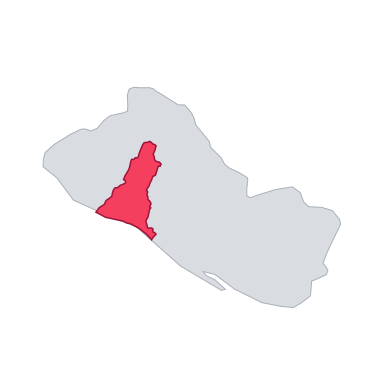 La Libertad highlighted on a map of El Salvador, rotated 13°
{"feature_id": "SLV-1346", "entity_name": "La Libertad", "entity_type": "Department", "adm_level": 1, "iso_a3": "SLV", "parent_name": "El Salvador", "parent_adm1": "", "projection": "robinson", "projection_center": [-89.306, 13.743], "detail": "fine", "context": "in_parent", "style": "filled", "palette": "rose", "viewbox_px": 384, "rotation_deg": 13, "n_neighbors": 0, "source": "natural_earth", "source_scale": "10m", "svg_char_len": 3542}
<svg xmlns="http://www.w3.org/2000/svg" viewBox="0 0 384 384"><g transform="rotate(13 192 192)"><path d="M134.5,102.1L137.7,102.8L159.0,110.2L165.3,108.8L173.3,114.7L177.2,119.4L180.6,125.8L197.4,138.8L200.2,144.4L212.8,152.1L217.8,157.9L223.2,160.3L233.7,162.6L242.7,165.6L243.7,167.8L244.6,176.4L246.5,183.8L250.7,184.2L255.9,180.7L272.7,170.9L288.7,164.4L297.6,168.3L303.0,176.4L309.0,180.1L321.6,177.8L333.1,178.6L342.1,185.7L344.1,189.8L338.7,213.5L336.7,223.6L335.7,232.1L339.0,234.4L342.1,237.7L341.5,242.3L331.6,249.9L328.6,251.9L330.8,266.5L323.5,275.3L316.8,281.7L305.0,283.4L285.0,284.1L254.9,276.9L232.7,267.1L220.7,267.0L224.5,270.3L233.9,272.3L246.4,279.3L242.8,281.2L197.6,266.8L145.3,238.4L114.0,233.9L78.2,226.5L57.1,208.6L41.2,200.9L39.9,194.1L40.0,186.6L47.2,176.5L60.7,163.0L69.6,155.9L73.7,154.6L79.6,155.3L85.3,151.4L90.1,142.0L95.2,136.0L108.1,129.9L111.0,127.5L110.0,122.3L107.2,112.1L107.6,105.9L111.8,103.0L116.9,102.4L127.3,99.9L131.8,100.4L134.5,102.1Z" fill="#d9dde1" stroke="#a8b0b8" stroke-width="1"/><path d="M163.4,247.7L157.3,243.5L148.6,239.3L139.3,236.8L134.9,236.8L131.6,235.9L113.5,236.1L105.8,234.0L103.0,233.4L103.4,232.4L104.7,229.0L105.4,227.8L108.6,224.6L109.2,223.9L109.6,223.3L109.7,221.6L110.0,220.4L110.3,219.7L110.6,219.2L110.8,218.9L111.1,218.7L113.8,215.6L114.5,214.7L114.8,214.0L114.8,213.5L114.7,210.3L114.9,208.6L115.3,206.9L115.5,206.1L115.8,205.6L116.1,205.3L116.6,205.0L116.9,204.9L117.8,204.8L118.3,204.5L118.8,204.1L120.3,202.0L121.0,201.3L122.9,200.1L123.7,199.5L124.6,198.6L124.9,198.0L125.1,197.5L125.0,197.0L124.9,196.7L124.7,196.4L124.5,196.2L124.3,195.9L124.0,195.8L122.5,195.3L123.1,191.2L125.3,184.5L125.6,181.4L125.5,178.7L125.6,174.8L125.8,174.0L126.0,173.8L126.2,173.6L126.6,173.5L126.9,173.5L127.2,173.6L127.6,173.6L128.0,173.3L129.0,171.4L129.3,171.3L129.6,171.2L130.0,171.2L130.5,171.2L131.2,170.9L131.5,170.5L131.6,170.1L131.8,167.3L131.8,166.8L132.0,164.7L133.4,156.7L133.9,155.7L134.3,154.7L135.4,154.2L136.9,153.9L138.0,153.2L139.3,152.2L140.6,152.5L142.9,153.9L145.0,154.2L145.4,154.4L146.6,155.0L146.5,159.9L145.8,163.0L145.7,163.8L145.8,164.3L146.6,165.0L146.9,165.5L147.3,166.3L147.9,167.9L148.3,168.7L148.6,169.2L149.2,169.6L149.8,169.9L150.8,170.3L151.2,170.3L152.4,170.2L152.8,170.2L153.1,170.2L153.5,170.3L153.8,170.5L154.3,170.7L154.7,171.2L155.4,171.6L155.6,171.9L155.6,172.1L155.3,173.1L155.1,173.9L155.1,174.1L154.0,174.1L153.7,174.2L153.5,174.5L153.3,175.0L152.7,183.1L152.5,183.9L152.4,184.2L152.1,184.4L151.5,184.7L151.2,184.9L150.9,185.1L150.5,185.6L150.3,186.3L150.1,187.0L149.9,189.6L149.6,190.7L149.2,191.8L149.0,193.1L148.8,195.4L148.7,196.0L148.6,196.4L147.7,198.3L147.2,200.1L147.2,200.6L147.5,201.0L147.8,201.0L148.2,201.1L148.8,202.0L148.7,203.5L148.8,204.8L148.9,205.2L149.1,205.5L149.3,205.8L149.8,206.2L150.1,206.5L150.2,207.0L150.4,208.2L150.6,208.8L150.9,209.2L151.2,209.4L153.0,210.5L153.7,211.2L154.6,212.5L154.7,213.1L154.7,213.5L154.3,214.4L154.0,215.2L154.0,215.6L154.3,216.0L155.2,216.5L155.4,216.8L155.3,217.1L155.1,217.4L154.9,217.7L154.7,218.5L154.6,219.8L154.8,225.9L154.8,226.3L154.0,228.6L153.7,229.9L153.6,230.5L153.7,231.1L155.8,234.7L156.5,236.5L156.7,236.8L156.9,236.9L157.3,237.0L157.7,237.0L158.4,236.8L159.8,236.3L160.5,236.2L161.0,236.2L161.3,236.3L162.3,236.8L162.7,239.2L163.1,239.8L163.4,239.8L163.9,239.8L164.6,240.0L165.9,240.6L166.3,241.1L166.4,241.5L166.1,242.1L165.5,242.9L165.3,243.2L165.1,243.5L164.1,245.5L163.7,246.3L163.4,247.7L163.4,247.7Z" fill="#f43f5e" stroke="#9f1239" stroke-width="1.5"/></g></svg>